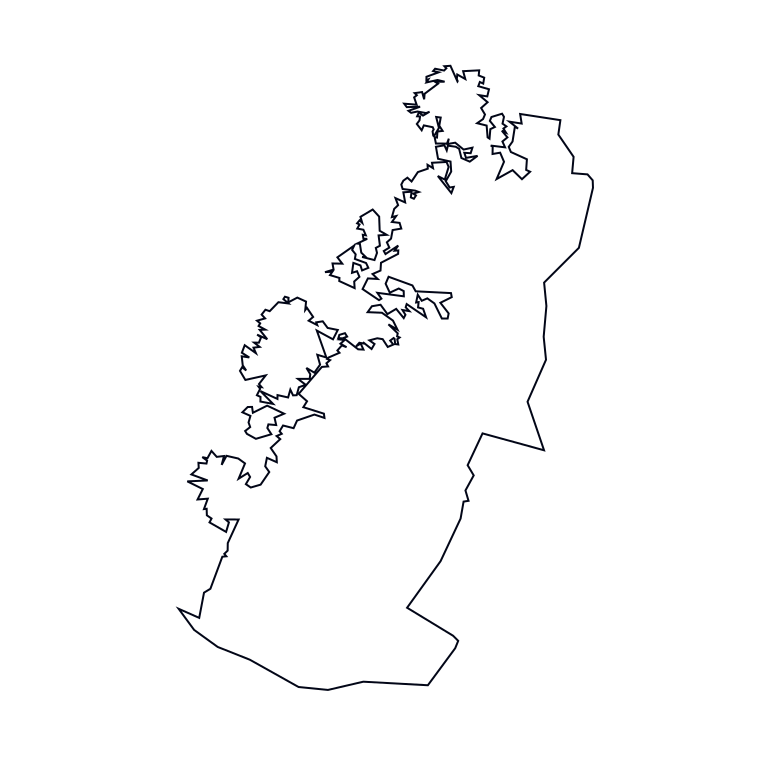 Lillesand nor, Aust-Agder, Norway, rotated 171°
{"feature_id": "86288312B5594304829508", "entity_name": "Lillesand nor", "entity_type": "district", "adm_level": 2, "iso_a3": "NOR", "parent_name": "Norway", "parent_adm1": "Aust-Agder", "projection": "mercator", "projection_center": [8.269, 58.228], "detail": "fine", "context": "isolated", "style": "outline", "palette": "ink", "viewbox_px": 768, "rotation_deg": 171, "n_neighbors": 0, "source": "geoboundaries", "source_scale": "gbopen_adm2", "svg_char_len": 6166}
<svg xmlns="http://www.w3.org/2000/svg" viewBox="0 0 768 768"><g transform="rotate(171 384 384)"><path d="M207.3,629.4L207.3,619.7L219.1,623.5L211.6,615.3L214.5,617.6L219.1,603.4L223.7,598.7L222.4,593.3L207.7,583.6L210.1,573.2L206.5,570.8L215.7,564.7L223.5,575.1L240.7,568.8L230.7,584.7L233.1,594.3L240.8,594.2L239.5,601.5L241.3,602.8L227.4,598.8L229.1,605.0L223.5,608.3L228.0,615.7L224.2,613.2L226.1,617.6L222.8,619.3L226.2,622.6L223.7,629.1L225.1,632.5L236.1,630.9L238.3,627.3L234.3,620.5L239.1,619.1L241.4,609.8L243.1,611.4L242.2,623.2L251.2,627.0L244.7,630.2L242.1,634.4L244.9,641.4L237.6,646.1L244.8,654.4L237.0,651.9L234.2,658.7L244.3,663.4L242.1,667.3L239.0,665.2L237.1,670.9L242.2,673.9L240.9,678.9L256.9,680.6L256.0,672.5L263.2,678.2L264.4,673.7L263.9,672.0L264.0,671.3L264.1,671.2L268.6,687.9L274.6,688.4L273.0,686.1L275.6,684.2L284.2,687.4L286.5,685.4L281.2,683.3L294.0,680.8L294.6,677.4L292.6,677.9L294.9,675.2L283.6,675.9L276.8,673.1L286.3,674.5L283.6,672.2L298.5,664.3L299.8,658.9L300.7,666.4L308.2,666.5L306.4,664.1L309.4,662.4L308.1,654.8L320.2,657.7L318.2,653.9L305.0,652.2L317.1,650.0L314.8,647.6L308.3,647.9L300.0,645.0L296.4,645.8L303.5,643.0L307.1,646.7L309.4,643.2L306.5,642.6L307.7,638.8L310.9,635.7L307.1,628.7L304.2,633.2L295.7,630.0L295.1,627.7L296.5,625.9L296.5,621.6L295.9,620.9L289.7,628.3L290.7,639.6L286.3,638.3L289.0,630.5L286.5,624.8L291.7,625.0L293.1,619.1L295.4,619.9L295.1,613.4L284.2,611.6L281.6,616.2L283.6,611.1L275.9,611.2L268.7,603.1L259.7,603.6L262.3,598.4L268.5,599.8L267.6,594.5L255.9,594.7L264.5,590.2L272.2,595.1L273.0,604.5L276.0,607.1L283.6,609.4L285.5,604.9L287.0,610.3L295.6,610.2L295.4,598.0L283.5,593.3L284.4,583.3L291.3,574.6L288.4,567.8L284.3,567.8L287.6,562.0L298.3,581.0L292.0,576.4L286.2,588.3L287.5,593.5L302.0,595.0L301.8,589.5L306.7,593.7L307.1,589.8L317.4,588.0L325.1,579.7L328.6,584.1L333.1,581.8L335.7,578.3L335.1,573.7L322.9,570.1L319.6,568.2L325.4,567.5L322.9,565.2L325.5,562.3L328.3,564.1L326.7,569.6L334.9,570.3L334.7,560.0L343.6,565.8L342.1,558.4L346.5,555.4L350.1,547.6L345.7,548.0L350.8,542.8L343.4,540.7L342.6,534.8L351.4,534.7L354.3,526.5L359.0,523.5L357.4,517.9L363.4,515.4L362.2,512.1L348.3,518.5L352.7,514.0L349.0,513.7L349.7,510.3L368.0,504.2L369.7,496.6L378.1,494.4L373.8,488.7L383.4,490.8L390.3,481.1L375.8,467.6L373.2,468.7L376.3,475.1L350.7,467.5L350.0,472.7L354.5,476.0L364.0,473.3L366.7,482.8L362.7,489.2L340.5,476.9L338.2,470.6L303.6,463.3L303.5,459.2L315.6,455.4L309.1,443.6L310.9,438.7L316.6,439.6L321.6,455.7L327.8,461.8L333.7,460.3L336.7,466.9L339.5,459.5L337.0,459.5L338.4,454.3L333.6,452.2L332.0,443.3L349.1,459.4L350.6,456.4L347.6,452.0L354.2,454.2L352.0,449.0L354.2,446.0L360.2,456.3L369.7,452.5L375.0,462.8L383.8,462.7L388.9,457.5L374.9,454.7L365.2,445.2L362.2,435.6L370.3,442.2L362.5,431.9L363.6,429.0L361.3,427.5L363.9,426.1L363.7,420.8L366.7,421.7L366.5,427.0L367.3,427.9L371.1,425.9L368.6,421.5L374.5,420.0L378.3,428.5L383.5,430.2L391.6,429.4L387.1,425.0L390.8,420.5L398.2,428.6L397.5,427.1L401.9,428.6L405.6,425.6L400.7,427.6L398.9,421.2L404.1,422.3L416.7,435.8L413.0,436.6L414.6,440.3L420.4,439.5L421.9,436.5L418.9,435.8L421.1,435.0L416.0,433.6L420.7,430.6L415.2,426.2L419.6,428.7L424.8,424.4L423.1,421.8L434.7,418.8L436.2,417.6L433.5,416.0L437.6,413.5L436.5,410.1L442.7,410.6L469.8,387.6L462.7,379.0L467.3,373.7L448.0,364.1L448.1,359.8L457.5,364.7L475.6,361.5L480.2,354.5L490.2,358.8L494.5,353.7L492.8,350.8L498.2,349.4L495.1,345.8L505.9,338.5L501.5,329.3L502.1,323.5L511.2,329.4L514.2,321.3L511.1,315.0L521.6,303.9L531.8,302.6L536.1,306.7L530.8,313.1L532.5,317.4L542.4,313.2L533.7,327.3L539.6,333.2L550.8,337.7L557.0,329.5L553.3,337.9L560.6,338.2L564.9,344.9L570.0,338.3L574.9,340.2L570.7,336.0L571.8,333.2L579.6,335.2L580.1,330.1L588.4,324.8L573.2,316.3L593.5,318.6L579.4,308.6L586.2,299.1L576.0,298.3L581.4,288.6L578.7,288.5L579.5,282.0L575.4,278.1L578.0,274.6L563.1,262.6L558.8,271.6L561.7,275.0L548.8,272.9L563.2,251.3L564.5,243.9L568.3,241.2L566.7,238.5L570.7,238.7L587.5,208.9L594.4,206.1L603.1,181.9L622.0,194.1L610.0,170.8L589.4,150.3L559.7,132.7L515.8,98.1L487.2,90.6L451.0,93.2L387.8,79.6L355.0,111.9L350.9,118.7L355.1,124.5L396.2,159.4L355.8,200.2L329.4,239.1L323.8,255.4L318.8,255.4L320.2,266.1L309.7,279.7L314.1,290.7L294.4,319.8L236.3,293.5L245.0,344.0L220.2,382.6L218.9,405.7L211.4,435.6L210.0,459.1L170.2,488.0L146.9,545.1L146.0,552.5L150.2,559.2L165.2,562.8L161.2,578.7L172.8,603.1L168.5,617.0L207.3,629.4ZM508.0,390.6L508.8,386.0L496.7,381.7L507.1,396.3L491.6,385.9L490.9,389.7L480.8,385.7L477.4,393.1L475.6,387.0L472.0,386.6L468.6,394.1L461.5,395.5L468.2,402.5L456.6,400.7L455.3,405.2L458.1,412.0L451.0,406.1L444.1,413.1L445.3,423.3L436.8,419.2L442.0,447.3L427.4,436.1L421.2,444.6L430.9,448.2L434.7,455.5L441.3,455.5L440.7,452.6L448.5,458.3L443.5,461.3L448.2,471.3L450.2,469.4L448.1,477.6L456.1,482.9L465.8,479.6L464.8,484.1L468.2,485.7L470.1,483.6L465.8,478.5L475.5,481.3L485.5,473.8L489.5,475.9L494.0,471.7L491.2,467.4L499.5,466.4L496.8,463.3L498.8,460.9L492.8,456.3L498.3,456.9L492.3,446.5L501.6,452.6L498.1,449.3L501.1,444.4L505.8,445.2L501.0,440.1L507.2,440.3L505.7,434.5L515.5,444.1L519.5,437.1L512.9,431.3L520.2,433.6L520.6,424.5L518.0,418.9L521.5,422.8L524.2,419.5L520.3,409.7L499.5,411.0L507.5,403.5L505.4,400.1L508.4,401.1L507.1,398.6L511.3,392.8L508.0,390.6ZM385.8,512.9L374.0,507.9L370.4,514.6L370.8,519.7L366.4,521.2L366.1,531.6L358.0,530.9L364.3,536.0L362.6,550.1L367.9,558.1L381.1,552.8L380.3,546.6L382.5,549.5L385.4,546.9L383.2,545.4L386.1,541.7L380.2,539.6L378.7,533.7L381.6,534.7L381.6,530.7L377.9,530.0L388.5,526.9L385.9,526.2L385.9,517.3L382.1,512.2L385.8,512.9ZM519.1,349.9L503.1,352.0L506.1,358.8L504.5,362.2L496.9,360.3L497.4,367.8L487.3,370.3L502.8,380.9L518.0,376.1L517.9,382.0L522.2,382.6L528.3,378.2L520.9,373.4L523.8,367.2L522.9,362.4L528.5,359.3L527.2,356.2L519.1,349.9ZM412.1,492.7L398.0,483.3L397.4,489.9L391.5,493.7L393.0,499.6L398.2,498.8L395.3,508.4L388.7,504.8L387.9,499.6L381.3,501.2L382.8,506.3L393.2,512.1L391.7,516.5L394.5,521.4L391.8,525.4L410.2,516.4L406.4,509.4L416.0,511.1L415.9,504.9L424.8,503.7L417.4,503.0L420.3,500.0L411.4,495.7L412.1,492.7Z" fill="none" stroke="#020617" stroke-width="2"/></g></svg>